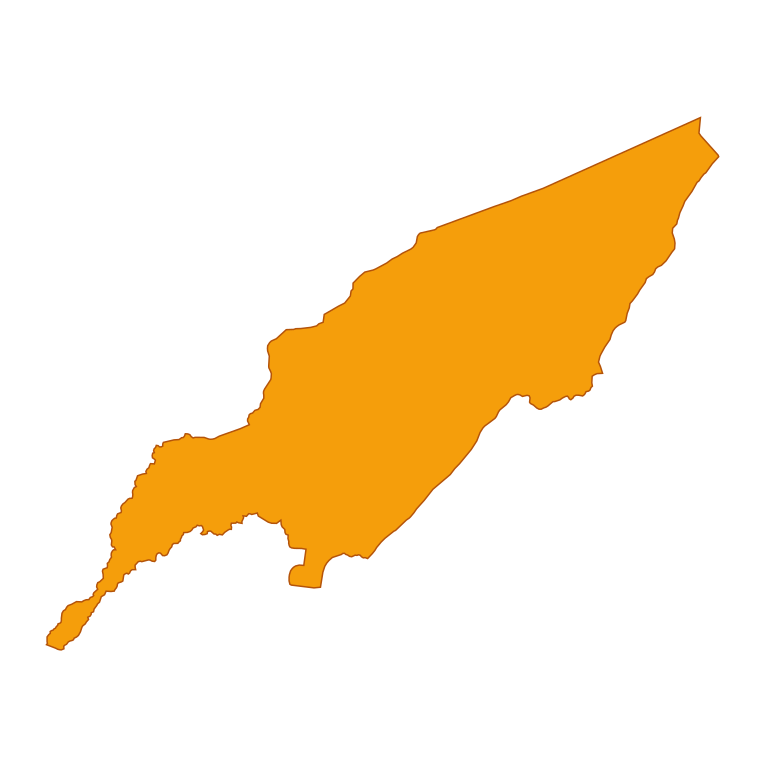 Tigania West, Eastern, Kenya, rotated 95°
{"feature_id": "3690345B31280493599010", "entity_name": "Tigania West", "entity_type": "district", "adm_level": 2, "iso_a3": "KEN", "parent_name": "Kenya", "parent_adm1": "Eastern", "projection": "mercator", "projection_center": [37.77, 0.171], "detail": "fine", "context": "isolated", "style": "filled", "palette": "amber", "viewbox_px": 768, "rotation_deg": 95, "n_neighbors": 0, "source": "geoboundaries", "source_scale": "gbopen_adm2", "svg_char_len": 6145}
<svg xmlns="http://www.w3.org/2000/svg" viewBox="0 0 768 768"><g transform="rotate(95 384 384)"><path d="M278.9,417.6L286.2,423.6L292.0,423.2L294.2,424.9L299.3,425.2L306.8,430.2L310.3,435.9L319.9,449.6L327.8,450.0L329.7,454.1L332.0,456.2L334.0,462.0L336.0,471.7L336.6,476.7L337.5,478.7L338.4,486.1L348.3,495.2L351.0,500.0L352.7,501.5L356.0,503.2L358.7,503.2L361.2,502.8L366.2,500.7L376.3,500.4L377.9,500.1L381.5,498.0L383.5,497.1L387.8,497.0L389.5,497.2L399.4,502.5L401.7,503.3L403.6,503.3L405.5,502.8L408.6,502.5L414.4,505.3L418.0,505.4L420.3,507.2L421.5,510.3L424.4,512.4L425.2,514.5L426.6,515.7L428.9,515.9L430.7,516.8L432.7,516.7L436.3,514.6L441.1,523.4L450.3,543.5L453.1,547.8L453.9,550.1L454.2,552.2L454.1,553.8L452.9,558.5L453.6,567.6L454.4,569.4L453.3,571.4L451.4,573.0L450.8,575.1L450.9,577.6L453.5,578.3L454.9,579.4L455.1,580.9L457.2,583.3L458.0,588.4L461.4,598.7L463.1,599.2L465.2,599.0L466.1,600.5L466.2,602.2L465.1,603.7L465.0,605.5L467.1,606.0L468.5,607.3L470.6,607.7L472.4,606.8L473.1,608.4L475.6,608.7L477.7,608.2L478.7,606.4L479.8,605.1L483.6,605.8L483.7,609.7L485.5,610.4L487.9,610.9L489.5,612.6L491.8,613.6L493.8,612.9L494.8,616.8L496.9,621.5L501.6,622.7L502.6,623.7L505.9,623.2L507.8,621.8L508.9,623.7L512.1,625.1L513.9,625.1L515.9,624.6L518.4,624.6L519.8,625.0L520.1,627.4L521.0,629.0L524.6,631.7L526.3,633.7L528.5,635.0L530.4,635.4L533.3,634.5L534.9,634.7L536.6,638.1L538.5,638.8L540.8,639.0L541.2,640.6L542.3,641.8L543.8,643.1L545.7,643.7L547.3,643.8L550.4,642.3L555.7,642.8L558.1,644.0L560.8,643.2L562.4,642.0L564.0,641.5L568.1,641.6L569.9,640.3L569.8,638.7L572.5,636.9L572.8,639.0L574.2,640.1L576.2,640.9L578.2,640.9L580.3,640.4L582.9,641.9L585.2,642.5L586.8,644.0L589.0,643.6L591.1,643.7L593.0,647.7L594.9,648.2L598.2,647.2L602.1,646.7L605.8,650.0L606.8,651.8L608.9,652.5L611.2,652.6L613.4,651.3L617.3,654.9L618.8,655.4L620.1,654.8L621.3,655.9L622.3,658.0L624.5,659.2L624.9,661.9L626.0,664.2L627.4,666.1L627.6,671.4L630.6,675.9L632.3,679.4L633.9,680.6L636.5,681.7L637.9,683.6L640.4,684.8L645.5,685.0L647.6,684.8L649.5,685.0L650.6,686.0L651.3,687.8L652.9,688.1L654.4,689.4L655.9,690.0L656.7,691.4L658.1,692.3L658.7,693.8L659.7,695.0L661.5,694.7L662.9,696.1L665.3,697.6L670.0,697.2L671.8,696.7L673.1,697.5L675.8,688.1L676.7,685.9L677.0,683.9L677.0,682.3L675.7,679.8L673.1,680.2L671.8,679.0L671.0,677.6L668.4,676.0L667.4,674.4L666.7,672.4L665.9,671.1L664.2,670.5L662.8,668.2L661.1,666.5L657.3,664.8L652.9,663.8L651.4,663.2L648.9,660.6L647.2,659.9L644.3,657.8L642.2,658.8L640.9,656.6L639.2,655.7L637.4,655.7L636.2,653.5L633.5,653.2L629.6,650.8L628.2,650.3L626.1,648.4L620.5,647.1L618.3,644.0L614.6,642.8L614.5,637.9L613.8,634.6L612.4,634.2L610.3,632.8L608.5,632.2L606.6,632.1L605.3,631.4L604.0,628.3L603.0,627.0L596.9,626.6L595.5,625.1L594.9,623.6L595.6,622.2L594.5,621.0L592.1,620.1L590.9,618.7L590.6,615.2L588.5,615.9L586.2,616.2L582.4,613.3L581.8,611.4L582.1,609.8L579.8,603.4L579.8,601.7L580.7,599.6L580.8,597.0L579.4,596.0L576.7,596.2L574.5,595.9L572.9,595.2L571.8,593.6L572.0,591.9L574.2,589.6L574.2,587.6L573.1,585.4L571.2,584.4L568.3,583.6L566.4,582.6L564.8,581.3L562.5,580.9L561.2,579.6L560.7,575.5L559.1,574.4L558.0,573.2L556.1,573.2L554.5,572.4L552.9,572.1L551.5,570.8L549.5,570.6L549.0,567.0L547.8,564.3L546.3,562.8L544.1,561.6L542.6,558.8L541.0,557.8L541.4,555.6L540.9,553.6L541.9,552.4L545.2,551.0L547.0,551.8L549.0,553.5L550.0,551.8L549.5,549.2L548.5,547.1L546.4,547.0L545.7,545.2L545.7,543.7L548.2,540.3L548.2,538.4L549.3,537.0L548.1,535.0L548.4,531.9L545.6,529.7L543.2,526.8L542.2,525.3L542.1,523.4L539.8,523.4L538.2,524.2L536.0,523.9L535.5,519.5L534.3,518.6L534.9,516.9L535.2,513.3L533.5,513.6L529.5,512.2L527.6,512.9L527.8,509.5L525.0,507.5L525.0,505.9L525.5,504.4L523.6,499.0L526.5,497.7L531.7,487.3L532.5,483.8L532.2,478.9L528.6,474.9L533.1,474.1L535.2,473.0L537.5,470.2L540.7,469.6L542.2,468.6L542.9,466.3L546.3,466.2L549.2,465.1L550.9,465.1L553.1,464.4L554.5,463.6L555.3,461.8L555.5,458.8L555.0,451.8L555.4,447.3L571.7,448.1L571.8,452.7L573.0,456.2L574.5,458.2L576.4,459.7L578.4,460.8L582.2,461.6L584.7,461.7L588.4,461.4L591.7,460.3L592.4,458.8L593.2,436.0L592.0,429.6L576.8,428.5L570.8,427.1L567.3,425.4L564.5,423.4L561.3,420.3L557.5,411.5L556.4,410.4L556.1,408.6L557.1,407.2L557.5,405.4L558.7,403.3L558.9,401.1L557.0,397.8L557.1,396.0L556.4,394.6L556.6,392.9L558.1,391.3L559.0,389.5L558.6,387.6L559.3,385.1L553.9,380.8L550.6,378.6L547.5,377.1L541.6,373.0L537.6,369.6L529.8,361.4L528.8,359.7L517.5,349.8L515.4,347.2L514.0,346.0L509.7,343.0L505.6,340.7L496.4,333.8L484.6,326.1L468.4,310.1L462.2,306.2L456.8,301.8L441.7,291.4L432.6,286.6L424.0,284.1L419.3,281.7L417.2,280.1L408.6,270.5L406.7,269.3L401.8,267.5L399.7,266.3L394.0,260.5L390.9,258.4L386.6,256.5L384.2,253.1L383.1,251.3L382.7,249.8L383.0,247.6L384.3,245.0L382.8,240.5L383.1,238.3L385.1,237.3L389.4,237.4L390.6,236.5L392.0,233.2L394.6,229.7L395.6,227.3L395.4,225.2L393.9,222.8L393.0,220.7L391.6,218.8L386.9,214.2L386.6,212.3L384.5,207.4L382.4,205.0L380.6,202.1L380.1,200.3L381.2,199.0L382.7,198.1L383.4,196.5L381.6,194.6L379.6,193.6L378.4,191.7L378.2,188.9L378.6,185.1L377.7,184.0L376.4,183.0L374.0,182.0L373.2,179.5L372.1,178.3L369.5,177.5L368.0,176.2L364.7,177.1L358.1,177.3L356.5,175.3L355.1,172.7L354.3,167.2L347.8,169.9L343.5,172.2L337.5,171.3L335.3,170.5L328.0,167.3L320.0,162.8L315.3,161.9L310.9,160.4L308.1,158.6L306.4,157.0L304.6,154.9L301.4,149.5L299.8,148.7L292.4,147.9L286.8,146.3L282.4,146.0L279.4,143.7L272.3,139.3L267.9,137.3L260.2,132.7L256.2,131.8L254.2,129.7L251.5,125.8L248.8,124.3L245.5,123.4L243.5,121.4L241.6,118.0L236.8,113.8L227.5,108.6L224.0,106.3L218.3,106.4L214.3,107.4L208.4,110.0L203.7,110.0L199.0,106.3L195.1,105.9L193.4,105.2L187.6,104.2L180.5,101.6L175.9,100.3L165.3,94.0L155.8,89.7L154.2,87.9L150.7,86.1L147.0,83.6L145.5,81.8L136.0,76.2L128.4,70.4L126.9,71.1L109.1,90.1L106.6,92.1L91.0,92.0L175.3,242.7L184.9,263.4L190.4,273.6L197.7,289.9L223.5,344.6L225.2,345.8L226.0,347.0L230.5,361.1L232.0,362.5L234.2,363.6L240.6,364.2L245.3,366.9L247.3,369.1L252.1,377.0L255.9,381.9L258.8,386.8L263.3,391.9L270.1,402.3L271.4,404.7L274.2,412.9L278.9,417.6Z" fill="#f59e0b" stroke="#b45309" stroke-width="1.5"/></g></svg>